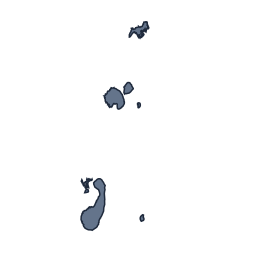 Siau Tagulandang Biaro, Sulawesi Utara, Indonesia (Equal Earth projection), rotated 192°
{"feature_id": "22746128B24839603722983", "entity_name": "Siau Tagulandang Biaro", "entity_type": "district", "adm_level": 2, "iso_a3": "IDN", "parent_name": "Indonesia", "parent_adm1": "Sulawesi Utara", "projection": "equal_earth", "projection_center": [125.379, 2.44], "detail": "fine", "context": "isolated", "style": "filled", "palette": "slate", "viewbox_px": 256, "rotation_deg": 192, "n_neighbors": 0, "source": "geoboundaries", "source_scale": "gbopen_adm2", "svg_char_len": 5902}
<svg xmlns="http://www.w3.org/2000/svg" viewBox="0 0 256 256"><g transform="rotate(192 128 128)"><path d="M148.0,20.7L145.7,20.2L142.5,20.7L141.8,20.5L138.1,24.3L137.6,25.4L137.6,26.1L136.8,27.6L137.1,29.3L136.8,29.6L137.1,31.3L136.8,33.0L136.6,33.2L136.6,33.8L136.1,34.4L136.2,34.7L135.5,36.7L134.6,41.6L135.1,45.0L134.9,48.3L135.8,52.1L135.8,53.0L137.5,58.9L137.7,60.8L137.7,63.0L138.5,64.7L138.4,67.1L139.5,68.0L140.7,69.7L141.9,70.7L143.0,71.9L144.6,72.5L146.0,72.3L146.7,72.0L147.6,71.2L148.7,69.4L149.6,68.7L149.8,67.7L150.2,67.3L149.8,65.9L148.1,63.3L145.0,61.9L144.1,61.7L142.8,59.7L141.8,57.6L141.7,56.6L142.0,55.1L142.6,54.5L142.6,52.7L143.8,49.9L143.5,49.6L143.5,49.2L143.9,48.8L144.6,45.2L145.4,43.6L145.9,43.3L146.5,43.4L146.9,43.1L147.4,43.4L148.0,42.9L148.4,42.9L148.5,42.3L148.9,42.5L149.1,42.9L149.3,42.8L149.4,42.3L149.6,42.4L150.1,41.9L150.1,41.5L149.9,41.4L150.0,40.9L151.0,40.4L151.7,38.8L152.4,38.6L153.0,38.1L153.6,38.1L153.9,37.1L154.5,37.0L154.9,35.9L154.4,35.3L155.2,34.4L155.0,34.2L155.4,31.9L154.9,28.7L153.6,26.6L153.4,27.0L153.1,26.7L153.2,25.8L152.4,24.9L151.5,24.5L151.2,24.3L151.4,23.3L150.4,22.1L149.6,21.6L149.4,21.2L148.0,20.7ZM144.7,149.4L143.6,149.2L143.4,148.9L143.2,147.4L142.5,145.2L141.8,144.6L141.4,144.5L140.1,145.0L139.6,145.7L139.2,145.9L138.8,146.6L138.4,146.8L138.2,147.7L137.5,148.2L136.7,151.0L136.9,152.6L137.2,153.2L137.4,153.1L137.9,154.9L139.1,156.7L139.4,157.5L140.1,158.4L140.5,159.4L141.9,160.5L143.5,162.2L144.3,162.6L146.5,163.2L148.1,164.0L149.7,163.9L150.1,164.6L150.5,164.2L152.1,163.6L152.2,163.8L152.8,163.9L152.9,163.5L152.9,163.0L153.0,162.6L153.2,162.8L153.5,162.0L153.8,161.7L153.7,160.8L154.3,160.2L155.3,159.9L155.3,159.5L155.7,159.0L155.7,157.3L156.1,156.7L156.4,156.5L156.9,156.7L157.2,156.4L157.2,156.1L156.8,155.8L156.8,155.5L157.2,154.7L157.8,154.5L157.6,154.4L157.7,153.9L157.6,153.4L157.1,152.9L156.8,152.9L156.9,152.1L156.6,151.7L156.3,151.6L156.0,150.7L155.9,149.7L155.3,149.0L155.0,149.0L154.9,148.5L154.7,148.7L154.1,148.8L153.6,148.4L153.6,147.7L152.9,147.4L152.8,146.9L152.6,147.2L151.7,147.3L151.2,146.8L151.4,146.4L151.3,146.2L151.5,146.2L151.4,145.4L150.5,144.6L150.4,144.9L150.1,144.7L149.9,145.2L149.3,145.3L148.9,145.0L148.7,145.5L148.2,145.4L148.1,145.7L147.4,148.3L147.1,148.9L146.8,149.1L145.7,148.6L144.7,149.4ZM145.1,223.1L145.8,221.2L145.9,220.1L146.1,219.5L145.6,217.2L145.3,217.3L144.7,218.0L144.2,219.4L143.7,220.3L143.7,220.8L143.3,221.7L142.8,222.1L142.5,222.8L142.2,222.7L141.7,223.0L141.5,222.3L141.4,223.3L141.1,223.2L140.9,222.6L140.7,222.7L140.2,222.2L139.6,222.7L139.2,221.8L138.8,221.8L138.4,221.4L138.2,220.9L137.8,221.0L137.8,220.4L137.5,219.9L137.1,220.2L137.2,220.7L136.8,220.5L136.4,220.7L136.3,221.0L136.5,221.3L136.2,221.5L135.8,220.5L135.5,219.9L135.8,218.7L135.2,218.7L134.9,218.4L134.7,218.9L134.4,219.3L133.5,219.5L133.3,221.6L133.7,221.3L133.5,221.8L133.7,222.9L134.7,222.6L135.0,223.0L134.9,224.3L135.6,225.2L135.6,225.6L135.0,226.2L134.6,225.8L134.4,225.1L134.1,224.9L133.8,225.0L133.7,224.5L133.4,224.4L133.1,225.6L133.1,226.0L133.5,226.1L133.3,226.8L133.0,227.2L132.6,226.4L132.3,226.6L132.0,228.2L131.6,227.3L131.7,227.0L131.4,226.9L131.2,227.3L130.8,227.5L131.2,228.4L130.5,228.7L130.3,228.6L130.0,228.7L130.0,229.2L129.8,229.4L129.8,230.1L129.6,230.4L129.8,231.7L129.7,232.2L130.1,232.5L130.6,232.4L130.7,233.1L130.5,233.5L130.8,233.8L131.1,235.1L131.7,235.8L131.9,235.7L131.9,235.3L132.2,235.0L133.0,235.5L133.6,235.1L134.3,235.0L134.5,234.9L134.5,233.8L134.8,233.1L134.5,232.9L134.5,232.6L135.0,231.9L135.2,230.3L135.7,230.1L136.0,229.8L136.4,229.9L137.2,228.9L138.9,229.7L138.8,229.1L139.1,228.5L140.5,228.2L141.0,227.6L141.4,227.6L141.7,226.3L142.4,226.1L142.9,225.6L143.2,225.6L144.1,226.7L144.8,226.6L145.0,226.4L145.0,226.2L145.3,226.1L144.8,225.7L144.7,225.2L145.2,224.2L145.1,223.1ZM139.4,161.9L138.5,160.6L138.3,161.0L137.6,161.2L137.3,161.0L134.1,162.5L132.9,164.0L132.1,165.7L131.0,167.4L131.1,167.8L133.0,169.8L133.5,170.9L134.6,171.6L135.7,172.7L137.5,172.5L138.5,171.5L138.9,170.3L139.6,169.1L139.7,168.1L140.1,168.0L140.4,167.6L140.4,166.8L139.8,166.3L139.5,164.9L139.6,164.6L139.4,161.9ZM157.4,62.0L157.2,62.0L157.6,60.8L156.9,60.3L156.6,60.3L155.5,62.2L154.8,61.2L154.0,61.3L154.9,63.2L155.5,63.7L155.4,64.2L156.2,64.6L156.4,65.5L155.7,65.7L155.7,66.6L156.0,67.4L154.6,68.1L153.9,68.9L152.9,69.1L152.5,69.4L152.3,70.1L152.6,70.6L152.9,69.8L154.1,69.7L154.3,70.0L154.7,69.7L155.5,70.2L155.8,69.3L156.2,69.8L156.9,69.0L157.6,69.8L157.7,69.0L157.3,68.4L157.2,67.6L158.5,66.5L159.5,65.2L157.8,65.8L157.3,64.9L157.4,63.7L156.9,63.1L157.4,62.5L157.4,62.0ZM96.1,45.7L97.2,44.1L97.4,42.5L96.9,41.0L95.9,39.7L95.4,39.6L94.3,40.5L93.7,40.8L93.4,41.8L93.7,43.0L94.5,43.9L94.8,46.1L95.6,46.2L96.1,45.7ZM123.4,153.5L122.9,153.1L122.8,152.7L122.9,151.5L122.4,151.1L122.4,150.1L121.7,150.0L121.0,150.9L120.7,151.6L120.7,153.0L121.2,154.3L121.7,154.8L122.7,154.9L123.6,154.4L123.8,154.1L123.6,153.3L123.4,153.5ZM154.2,59.3L155.6,59.4L156.5,58.5L156.9,55.7L155.9,56.0L153.7,57.1L153.5,57.9L154.2,59.3ZM133.2,222.4L132.9,221.2L132.7,220.9L132.5,221.1L132.5,221.7L132.1,221.9L131.9,223.0L132.5,223.4L133.1,223.2L133.2,222.4ZM161.6,64.9L161.0,65.2L161.4,66.4L161.7,66.8L161.8,66.7L162.1,67.1L162.0,67.3L162.4,67.8L162.6,66.2L162.4,66.1L162.2,66.5L162.0,65.9L161.8,66.0L161.8,65.2L161.6,64.9ZM131.7,226.3L131.8,225.5L131.7,225.7L131.3,225.7L131.1,226.1L131.0,225.7L130.9,225.7L130.8,226.3L131.0,226.2L131.1,226.5L131.0,227.0L131.7,226.3ZM136.6,220.2L137.0,219.4L136.4,218.7L136.1,219.3L136.5,219.5L136.6,219.8L136.5,219.7L136.1,220.0L136.4,220.0L136.6,220.2ZM129.0,231.1L128.9,230.0L128.7,229.6L128.5,229.9L128.6,230.6L129.0,231.1ZM130.7,227.4L130.4,226.9L130.4,227.2L130.4,227.8L130.7,227.4ZM159.6,64.1L159.2,63.8L159.3,64.1L159.8,64.4L160.0,64.0L159.6,64.1ZM159.7,63.0L159.8,62.8L159.4,62.2L159.2,62.2L159.7,63.0Z" fill="#64748b" stroke="#1e293b" stroke-width="1.5"/></g></svg>